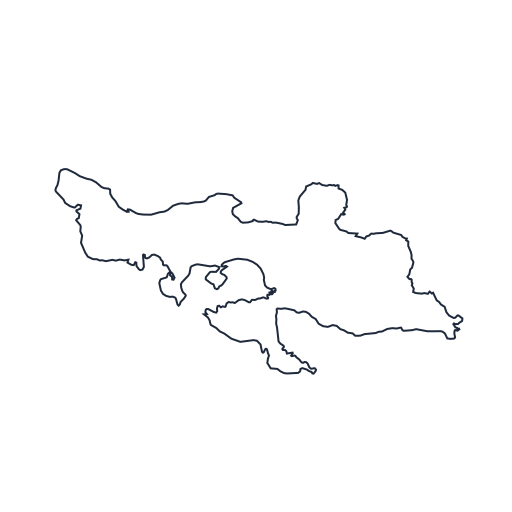 Lembata, Nusa Tenggara Timur, Indonesia (orthographic projection), rotated 224°
{"feature_id": "22746128B62947944336237", "entity_name": "Lembata", "entity_type": "district", "adm_level": 2, "iso_a3": "IDN", "parent_name": "Indonesia", "parent_adm1": "Nusa Tenggara Timur", "projection": "orthographic", "projection_center": [123.525, -8.375], "detail": "fine", "context": "isolated", "style": "outline", "palette": "slate", "viewbox_px": 512, "rotation_deg": 224, "n_neighbors": 0, "source": "geoboundaries", "source_scale": "gbopen_adm2", "svg_char_len": 6126}
<svg xmlns="http://www.w3.org/2000/svg" viewBox="0 0 512 512"><g transform="rotate(224 256 256)"><path d="M412.1,163.5L409.8,160.1L410.5,158.4L410.2,156.8L404.1,156.2L402.7,155.6L399.5,151.7L395.2,149.9L391.0,143.9L381.2,139.8L376.5,138.7L371.1,140.5L368.1,143.2L365.2,144.3L363.7,146.1L360.4,148.0L356.6,153.5L353.6,155.3L351.5,158.8L347.5,161.5L345.2,164.7L343.9,162.0L339.5,163.1L337.6,164.5L338.5,167.7L337.5,168.1L335.0,165.8L331.0,165.1L329.5,165.4L328.2,167.4L329.1,170.3L338.0,178.2L337.9,179.0L336.7,179.5L334.9,178.0L334.0,177.8L332.8,178.5L331.8,180.7L331.6,184.5L330.1,186.4L326.4,187.8L323.8,188.2L322.2,187.4L319.2,187.2L317.0,185.3L316.0,185.2L313.9,187.1L312.7,187.2L306.7,185.3L303.8,185.3L299.5,183.8L298.9,181.6L300.0,180.9L301.9,182.7L304.5,182.4L305.6,184.0L306.1,184.2L306.9,183.8L307.0,182.1L305.4,178.6L308.3,173.3L308.1,171.9L306.7,169.3L300.4,165.1L296.6,164.1L292.9,164.9L289.6,166.7L287.6,169.0L285.1,169.9L283.9,169.6L278.8,166.6L277.2,166.5L277.1,168.1L278.3,170.6L278.3,175.3L278.9,178.6L279.9,179.2L283.4,179.2L285.0,179.8L287.8,181.3L290.4,183.5L291.0,185.6L291.1,194.9L291.7,197.3L295.2,202.5L295.1,204.3L293.2,208.3L291.8,209.8L281.8,216.7L278.8,220.7L274.6,222.5L273.8,221.1L273.7,216.8L277.3,213.5L277.9,212.3L277.4,206.0L275.9,204.3L269.1,205.1L266.9,206.1L263.2,204.2L261.0,205.0L260.6,206.6L261.3,208.6L260.5,210.8L260.4,212.4L261.4,219.4L262.4,220.3L265.6,220.4L267.6,219.5L269.7,219.3L270.6,220.5L270.7,222.1L269.5,228.2L270.7,228.0L272.3,225.7L273.6,224.7L274.5,225.8L274.5,228.4L274.0,230.1L269.5,238.2L267.1,241.5L259.6,247.3L254.2,249.5L249.1,250.5L244.0,250.2L238.1,248.1L235.1,246.1L233.7,244.2L229.0,241.1L226.0,241.0L222.7,242.3L221.9,242.9L220.7,245.5L219.3,245.9L217.9,244.8L218.3,243.6L217.6,243.2L218.0,242.6L220.8,242.0L220.3,241.0L218.1,241.0L217.8,239.9L218.2,239.3L219.1,239.1L220.6,239.6L221.0,239.0L219.6,238.2L219.3,237.4L220.8,236.1L220.2,235.0L218.2,234.4L217.9,233.7L218.9,232.6L221.7,231.5L222.5,230.6L223.4,228.5L224.9,226.9L226.0,223.9L228.5,221.6L228.1,218.7L228.9,217.8L233.7,216.4L236.1,214.9L237.8,212.1L238.6,207.4L240.5,206.6L242.1,204.8L243.7,204.0L244.2,201.6L242.8,198.5L242.9,197.9L245.0,196.6L245.6,194.7L248.0,194.6L248.8,193.3L247.6,191.1L245.6,189.4L245.3,187.6L247.6,186.3L253.2,184.8L254.6,183.7L254.8,182.5L253.5,180.5L251.0,180.1L252.9,177.9L247.9,178.4L244.7,177.5L241.5,175.4L240.4,175.1L234.6,176.6L229.7,176.6L224.9,178.2L216.3,179.4L207.6,183.4L199.3,193.8L196.4,195.7L191.3,195.5L185.2,191.3L183.8,191.3L183.6,192.2L184.6,195.4L184.4,196.2L183.3,196.5L179.9,194.4L177.5,193.4L176.1,190.4L173.5,186.9L167.4,185.4L162.2,189.6L158.3,190.0L154.4,191.3L151.9,193.2L144.4,201.3L144.2,203.8L145.5,205.5L144.8,207.5L140.6,209.6L137.7,210.1L135.5,211.2L133.9,210.7L132.9,211.3L133.1,214.4L133.8,215.9L135.8,216.1L138.0,213.2L138.8,213.0L140.3,213.0L144.2,214.5L146.1,214.5L147.5,213.4L147.9,211.9L149.4,211.1L152.9,211.6L156.6,211.2L158.3,211.5L159.1,211.2L160.7,208.8L161.5,208.7L162.0,211.5L162.6,211.9L166.0,207.3L168.1,208.6L169.6,208.6L171.4,207.1L172.0,207.1L172.6,207.6L172.7,209.9L173.8,210.6L177.7,209.9L180.4,210.2L191.1,219.1L194.6,221.4L197.6,224.9L200.0,226.7L201.8,230.0L204.2,232.1L204.0,233.2L201.4,235.3L199.0,238.3L196.7,239.9L190.6,243.6L187.6,243.7L185.6,245.0L183.6,248.8L181.3,250.5L177.8,251.3L173.6,251.0L169.3,252.1L163.9,250.8L159.0,252.1L155.1,254.9L152.8,259.6L149.4,261.8L144.4,262.0L141.3,263.6L136.7,264.6L132.7,267.5L129.4,267.5L127.9,268.8L125.6,271.2L123.6,275.3L116.4,283.7L115.1,286.7L112.9,289.2L110.9,294.7L107.9,298.7L104.3,301.7L102.4,304.8L101.7,305.3L99.8,304.5L98.1,304.6L97.5,305.1L92.1,311.2L90.0,314.6L80.3,321.0L70.9,330.2L69.2,331.2L66.3,331.5L61.1,329.6L58.5,331.5L56.1,334.3L56.2,335.7L59.6,338.1L61.1,340.0L61.3,341.1L59.2,342.2L58.8,344.5L59.4,344.8L60.7,343.5L61.3,344.0L63.1,343.2L66.7,344.1L66.7,345.0L66.0,344.9L63.5,347.3L63.3,349.8L62.6,352.1L62.9,352.9L64.2,354.5L69.0,353.9L69.8,353.2L69.8,350.1L70.8,348.7L75.7,347.3L79.9,347.8L85.1,350.5L89.2,349.6L92.4,350.1L95.2,349.6L103.1,352.6L103.4,351.2L106.4,351.0L106.1,348.2L109.1,346.3L110.6,344.1L115.2,340.4L118.0,339.3L119.8,342.1L123.6,343.2L124.5,345.0L125.8,345.3L127.6,347.1L128.2,347.2L129.6,346.0L132.6,346.2L133.0,349.3L135.7,353.5L135.6,355.9L138.1,360.4L138.9,361.2L142.3,362.1L144.7,364.7L147.5,366.5L153.5,369.0L156.5,372.2L158.9,371.6L159.6,373.3L160.7,372.4L164.0,371.5L166.1,372.0L173.4,368.2L176.3,367.9L177.1,367.4L180.8,360.7L185.7,355.4L186.6,353.9L188.7,352.1L188.8,349.4L190.2,346.7L189.8,343.9L193.1,342.5L198.1,339.5L198.7,342.5L205.5,336.7L208.2,336.4L213.5,333.4L215.1,333.3L221.8,334.8L223.7,337.2L222.7,339.8L223.8,345.3L221.5,346.7L221.3,347.7L223.5,347.7L223.9,351.3L226.0,352.0L224.7,354.0L224.9,354.7L226.7,355.6L229.5,359.6L235.8,363.6L239.8,363.5L243.5,361.9L245.6,364.1L246.4,363.8L247.7,361.5L249.1,361.3L250.1,359.9L252.5,358.3L253.8,355.7L257.6,353.1L261.3,352.3L262.2,350.2L265.9,348.0L266.0,346.1L268.2,340.8L266.4,338.1L265.8,329.2L264.6,326.3L263.8,325.0L259.1,320.9L254.6,316.0L253.9,312.4L253.1,311.5L250.8,310.8L249.0,306.6L256.5,298.6L259.2,297.5L264.7,294.0L267.3,291.4L269.1,290.9L270.5,289.3L272.7,288.2L275.0,285.2L278.4,282.2L282.7,280.7L283.0,279.6L282.6,278.9L285.0,274.7L288.6,270.8L290.7,270.0L295.4,270.6L298.5,270.0L301.7,270.0L304.1,271.6L305.9,274.7L303.1,283.8L304.0,284.3L312.1,282.8L314.9,283.4L320.4,279.8L326.7,274.5L327.7,273.0L328.1,270.8L330.9,265.8L330.6,261.1L331.3,259.1L333.3,256.3L337.1,252.3L341.4,246.1L346.0,242.3L348.0,239.7L350.6,234.6L351.4,227.7L352.8,224.2L355.8,220.4L360.1,212.9L366.1,207.3L369.8,204.6L372.1,203.5L378.9,201.8L380.6,200.5L380.3,199.6L379.1,199.8L378.4,199.4L379.5,198.1L383.8,196.9L388.9,196.1L395.5,197.9L400.0,198.2L404.1,199.5L407.1,202.4L408.8,202.0L412.4,199.3L415.1,198.3L422.2,197.9L427.4,196.5L431.8,193.8L438.2,191.0L443.8,189.9L452.2,187.2L454.4,185.2L455.9,182.1L455.2,179.3L450.2,172.8L447.9,168.7L447.2,166.0L446.1,164.1L444.8,163.4L433.7,162.9L430.1,161.6L424.3,162.7L420.5,164.5L420.0,165.3L419.8,169.1L417.0,170.9L415.2,168.1L416.9,164.1L416.1,163.3L412.1,163.5Z" fill="none" stroke="#1e293b" stroke-width="2"/></g></svg>